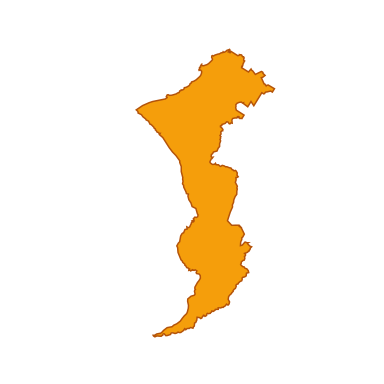 the district of Waitaki District, Canterbury, New Zealand, rotated 212°
{"feature_id": "76426892B29825208127723", "entity_name": "Waitaki District", "entity_type": "district", "adm_level": 2, "iso_a3": "NZL", "parent_name": "New Zealand", "parent_adm1": "Canterbury", "projection": "mercator", "projection_center": [170.369, -44.682], "detail": "fine", "context": "isolated", "style": "filled", "palette": "amber", "viewbox_px": 384, "rotation_deg": 212, "n_neighbors": 0, "source": "geoboundaries", "source_scale": "gbopen_adm2", "svg_char_len": 6099}
<svg xmlns="http://www.w3.org/2000/svg" viewBox="0 0 384 384"><g transform="rotate(212 192 192)"><path d="M119.0,77.0L119.3,78.6L119.0,79.5L120.4,82.3L119.7,83.3L119.8,84.4L120.1,85.0L119.9,85.4L121.3,88.5L118.9,89.5L117.5,89.3L116.9,90.3L117.1,91.3L116.8,92.4L117.0,93.5L116.6,93.8L115.1,93.4L114.2,95.0L114.8,96.1L114.7,97.2L113.9,97.3L112.2,98.8L112.3,99.4L111.8,100.7L112.1,101.6L110.6,102.1L109.8,104.1L110.0,104.8L107.6,106.4L108.4,107.7L106.1,109.0L105.6,110.0L104.4,110.7L104.4,111.5L103.9,112.0L103.4,113.3L103.3,115.2L101.9,115.1L101.3,115.5L101.3,116.9L101.9,118.7L104.4,120.1L105.5,122.6L105.4,124.5L104.7,126.8L104.9,127.6L104.4,129.5L104.9,130.1L104.7,132.0L104.1,133.2L104.5,135.4L105.3,136.1L105.3,136.5L105.2,137.3L104.1,138.7L104.4,139.4L103.8,141.6L102.8,143.0L103.1,144.4L103.9,145.5L103.8,146.4L102.3,148.0L101.6,149.6L102.8,152.0L101.2,153.7L102.6,155.1L104.8,155.9L106.8,155.4L108.1,156.1L109.4,155.6L111.5,155.9L112.5,156.5L112.4,157.4L113.1,158.9L112.4,161.1L111.7,161.7L111.6,162.1L112.0,163.7L113.4,165.2L113.0,166.0L113.1,166.8L113.7,167.5L114.9,167.8L113.7,169.2L112.9,170.6L112.8,171.6L112.3,172.2L112.6,172.9L112.3,173.8L112.8,175.4L112.4,177.1L114.3,176.8L117.0,177.4L117.8,178.0L117.4,178.8L118.7,178.0L120.0,177.9L120.6,177.5L121.2,173.6L122.5,172.2L124.3,175.6L124.5,177.8L125.5,179.7L125.1,180.7L125.3,184.0L131.0,187.6L132.9,187.9L132.3,188.2L134.5,188.8L140.7,184.8L146.7,186.4L148.9,195.1L149.7,200.8L150.9,202.4L151.3,205.3L152.4,207.5L153.0,211.1L152.8,213.7L154.5,216.6L155.2,218.6L156.1,219.1L156.6,220.9L160.3,223.1L161.0,225.6L162.4,227.6L161.5,228.2L160.9,229.4L162.7,230.1L163.7,232.1L165.7,233.2L166.7,233.3L167.5,232.3L167.9,232.2L169.0,232.5L169.8,232.2L171.7,233.0L173.0,232.4L175.8,231.9L176.9,231.2L178.6,231.2L180.5,230.6L181.1,229.2L181.6,228.7L184.0,229.1L186.0,227.9L187.3,228.8L187.6,227.4L189.3,226.2L191.6,226.3L192.8,226.9L193.2,230.2L192.8,230.8L192.7,232.6L193.5,231.9L194.5,232.1L195.4,234.1L194.9,235.3L195.0,237.3L192.5,240.0L193.0,243.0L192.7,245.2L194.2,247.6L194.8,250.5L196.2,251.5L196.1,252.4L196.9,253.5L196.8,254.2L198.2,254.7L198.1,256.6L199.4,258.1L199.0,259.9L198.4,260.2L198.9,261.4L201.1,262.3L202.4,262.3L202.9,263.2L202.0,264.2L202.4,265.1L200.2,267.8L199.8,269.9L198.7,270.4L196.5,269.6L195.8,270.1L195.5,271.3L194.4,271.7L196.3,274.1L196.5,275.8L194.9,277.5L193.2,278.5L193.3,279.7L192.4,279.7L192.7,280.5L192.0,280.7L191.6,280.1L190.3,279.7L189.2,280.6L188.6,280.7L188.6,284.8L197.8,284.9L199.7,286.7L200.1,288.0L201.1,289.2L200.8,291.2L199.4,293.1L197.8,294.4L196.3,294.2L195.7,294.9L195.6,294.3L189.9,293.8L189.9,300.0L185.3,297.9L185.4,313.2L183.2,313.2L182.6,313.9L182.7,315.1L182.2,316.1L181.6,316.4L178.8,319.3L176.8,319.3L176.8,323.3L184.1,323.1L185.4,321.8L185.4,321.3L187.6,322.2L188.2,321.9L193.8,325.7L192.8,326.8L191.8,329.6L194.7,330.2L195.2,331.0L195.9,331.1L197.0,331.0L200.6,325.3L204.8,326.9L206.0,326.9L207.1,327.6L207.7,323.7L215.8,323.7L216.1,324.4L215.6,324.2L216.1,324.7L215.8,325.1L216.0,326.1L216.8,328.4L216.6,329.0L216.9,329.7L216.8,331.0L218.0,331.1L218.8,332.5L218.8,333.2L219.3,333.7L220.0,334.0L220.8,333.5L222.6,334.5L224.5,333.7L224.2,333.4L224.3,333.1L225.3,331.9L234.2,331.9L233.4,330.5L234.2,330.1L235.0,330.8L235.1,330.5L234.9,330.4L235.5,330.1L235.5,333.4L236.0,332.4L237.5,330.6L237.6,329.8L238.6,327.7L239.2,327.2L239.9,327.4L239.8,326.6L241.3,325.1L241.9,323.7L243.0,322.8L245.1,320.3L245.9,318.7L246.9,318.6L247.3,317.9L246.7,316.6L245.0,315.5L244.8,314.4L245.9,309.9L246.7,308.1L249.0,305.3L250.2,304.6L251.1,304.6L251.5,305.5L251.6,305.4L251.5,303.0L251.1,302.9L250.9,302.4L251.5,301.5L251.1,301.2L251.2,300.8L250.8,300.2L250.9,299.2L250.4,298.9L250.0,299.6L249.2,299.9L247.8,299.5L247.0,298.1L246.5,296.2L246.5,294.3L247.9,289.4L249.1,287.0L250.7,285.1L250.4,284.1L251.0,283.0L250.7,281.3L251.1,280.0L252.4,277.7L253.8,276.4L253.4,275.5L253.6,274.4L254.5,273.0L255.3,272.9L255.2,272.0L256.0,271.1L255.6,269.7L255.8,269.3L256.8,268.2L257.3,266.9L260.4,263.4L262.3,262.0L263.7,261.9L264.5,261.2L264.3,258.7L264.2,259.2L263.3,259.0L263.4,258.6L264.0,258.7L263.3,258.4L264.0,256.7L273.3,247.9L275.7,245.0L279.7,239.1L282.8,232.1L280.7,231.7L279.5,230.7L279.8,230.7L279.6,230.4L275.8,230.8L273.6,229.8L270.0,229.4L269.1,228.8L266.5,229.1L263.4,227.2L262.4,227.6L258.7,226.7L258.0,226.1L256.6,226.1L255.9,225.2L255.3,225.3L253.4,224.3L252.0,224.6L251.0,224.2L250.1,224.8L250.1,223.4L245.6,222.7L234.7,217.5L229.7,215.6L224.9,214.4L219.0,212.0L218.0,210.5L214.6,207.9L211.9,203.6L207.5,199.4L206.6,197.7L205.3,196.4L204.4,193.9L202.7,193.2L201.5,191.7L197.0,188.8L195.9,187.7L193.9,188.3L193.3,186.4L190.6,183.8L187.0,182.1L184.2,179.7L180.0,180.1L175.8,176.3L174.7,175.8L174.1,174.0L174.9,172.6L176.2,172.3L176.7,170.1L175.4,169.3L174.9,168.5L174.9,167.8L176.3,168.1L176.8,167.4L175.7,166.8L176.1,166.3L176.2,165.3L175.8,164.7L175.7,162.5L175.4,161.4L175.8,160.2L176.4,159.8L177.9,159.7L176.5,158.0L178.1,156.5L177.5,152.9L178.2,152.1L178.4,151.3L178.3,148.7L176.1,143.3L176.5,141.4L176.3,138.2L174.7,137.2L171.8,133.3L165.3,128.6L163.6,128.3L162.7,127.5L159.9,127.0L159.2,126.1L158.2,126.1L156.4,125.1L155.2,125.5L153.9,125.1L153.3,125.5L153.0,125.1L153.4,124.4L153.2,123.9L152.6,124.6L151.4,124.3L150.5,125.6L150.6,126.3L150.2,126.5L149.9,126.1L148.6,126.7L148.1,127.7L146.1,127.7L145.7,125.7L144.8,125.3L142.5,126.2L140.7,125.5L139.2,123.3L139.1,120.6L139.4,118.2L139.1,112.8L138.4,111.6L137.5,111.2L137.7,110.4L137.3,109.1L135.5,107.3L135.2,106.5L135.4,105.6L137.6,103.1L138.9,99.0L137.8,97.0L134.9,94.0L133.5,91.4L132.2,87.3L132.2,85.4L132.9,83.0L133.3,79.8L133.5,76.3L135.1,72.1L136.9,69.4L137.5,67.2L141.2,63.8L142.9,59.2L142.9,58.1L143.9,55.2L144.4,55.1L146.8,52.8L147.6,50.9L149.0,49.9L148.3,49.5L146.7,49.5L145.5,51.3L141.7,53.3L141.5,54.3L140.9,54.9L141.3,55.9L141.1,56.6L140.4,57.0L138.1,56.3L137.0,57.1L134.7,59.8L135.0,60.9L134.7,61.7L133.4,62.5L131.4,63.0L130.2,64.3L129.6,65.8L128.4,66.0L127.1,66.9L125.6,70.5L125.9,71.1L125.7,72.3L124.3,71.9L123.9,73.4L122.9,74.4L122.2,74.6L121.3,76.4L119.0,77.0Z" fill="#f59e0b" stroke="#b45309" stroke-width="1.5"/></g></svg>